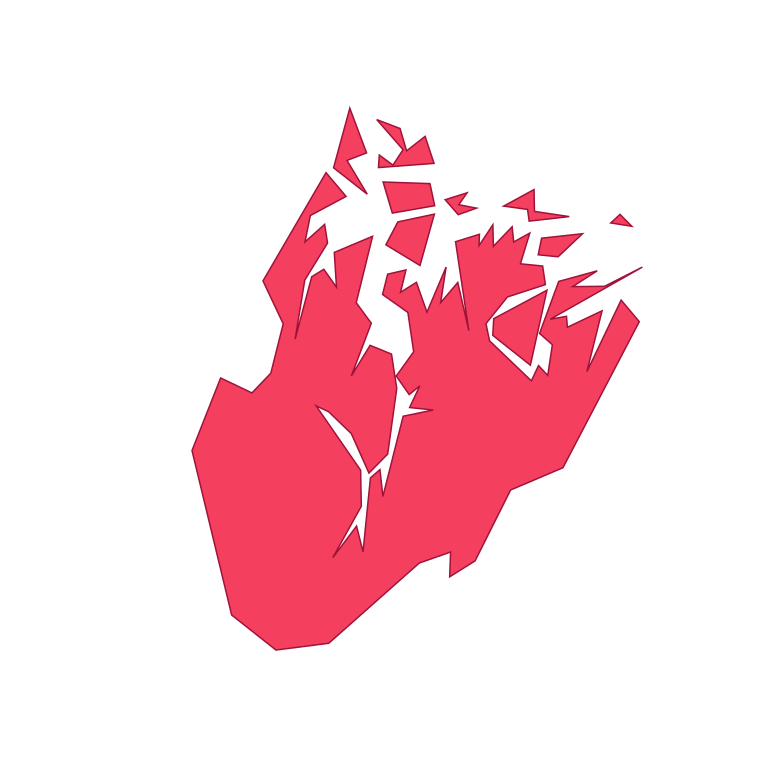 an SVG outline of Hordaland, rotated 127°
{"feature_id": "NOR-913", "entity_name": "Hordaland", "entity_type": "County", "adm_level": 1, "iso_a3": "NOR", "parent_name": "Norway", "parent_adm1": "", "projection": "robinson", "projection_center": [5.687, 60.257], "detail": "medium", "context": "isolated", "style": "filled", "palette": "rose", "viewbox_px": 768, "rotation_deg": 127, "n_neighbors": 0, "source": "natural_earth", "source_scale": "10m", "svg_char_len": 1980}
<svg xmlns="http://www.w3.org/2000/svg" viewBox="0 0 768 768"><g transform="rotate(127 384 384)"><path d="M250.1,557.5L257.0,527.2L293.8,544.2L318.1,532.6L292.2,527.5L305.4,513.9L348.7,509.8L401.6,482.0L341.8,506.3L328.6,501.1L335.3,480.2L308.8,502.9L272.9,482.0L335.8,455.1L343.1,430.7L397.3,414.9L361.5,418.4L355.6,396.0L379.9,371.1L437.7,338.9L464.2,342.4L443.3,380.3L439.5,411.5L442.3,425.0L466.9,350.8L495.3,328.5L553.5,320.4L514.0,320.4L530.6,299.8L467.2,338.3L454.8,335.7L474.5,317.2L398.2,349.3L375.1,329.0L387.4,349.4L363.9,354.3L377.3,357.5L370.3,379.0L340.4,379.7L312.5,408.0L313.4,439.0L294.1,447.2L279.7,435.1L300.8,426.0L283.3,419.3L300.8,392.9L253.2,404.8L284.9,387.7L258.5,386.2L290.3,348.4L227.3,412.5L207.0,397.9L216.2,391.4L191.3,392.9L208.2,379.5L181.3,376.3L192.5,365.9L175.7,358.4L205.9,347.4L194.3,328.3L207.5,314.9L240.2,337.8L274.4,338.9L286.0,325.7L292.8,268.2L276.3,271.7L278.6,258.4L251.3,273.2L250.0,290.2L196.9,306.2L165.3,281.8L192.7,292.0L173.2,266.6L135.1,248.0L232.2,290.2L220.1,279.0L228.3,271.7L194.3,253.9L252.0,229.4L174.3,245.1L180.6,217.6L343.2,190.7L392.4,219.1L470.4,204.8L498.5,215.5L478.1,229.7L505.8,248.1L624.3,272.1L661.5,310.2L660.2,366.6L552.7,497.3L477.5,518.1L470.6,484.1L443.5,480.9L396.6,500.7L374.5,542.7L250.1,557.5ZM280.9,278.4L279.7,326.4L265.8,335.7L211.0,310.3L280.9,278.4ZM184.3,577.3L209.9,537.0L227.7,548.1L242.5,511.6L241.7,554.4L184.3,577.3ZM242.5,480.2L223.2,506.3L196.3,467.9L211.1,450.8L242.5,480.2ZM267.7,426.6L271.7,466.3L246.2,470.5L218.0,446.0L267.7,426.6ZM177.7,476.8L214.5,518.7L204.0,525.5L203.8,508.6L185.4,509.8L177.2,548.9L170.3,524.9L184.2,506.3L161.5,500.2L177.7,476.8ZM169.9,395.5L138.4,381.2L155.6,367.7L138.8,336.8L166.6,366.1L158.2,374.4L169.9,395.5ZM144.5,315.9L177.6,321.5L188.0,338.6L172.7,345.9L144.5,315.9ZM204.1,426.6L200.0,446.1L181.3,432.7L195.8,432.2L187.9,416.0L204.1,426.6ZM108.9,281.0L118.9,299.8L106.5,297.6L108.9,281.0Z" fill="#f43f5e" stroke="#9f1239" stroke-width="1.5"/></g></svg>